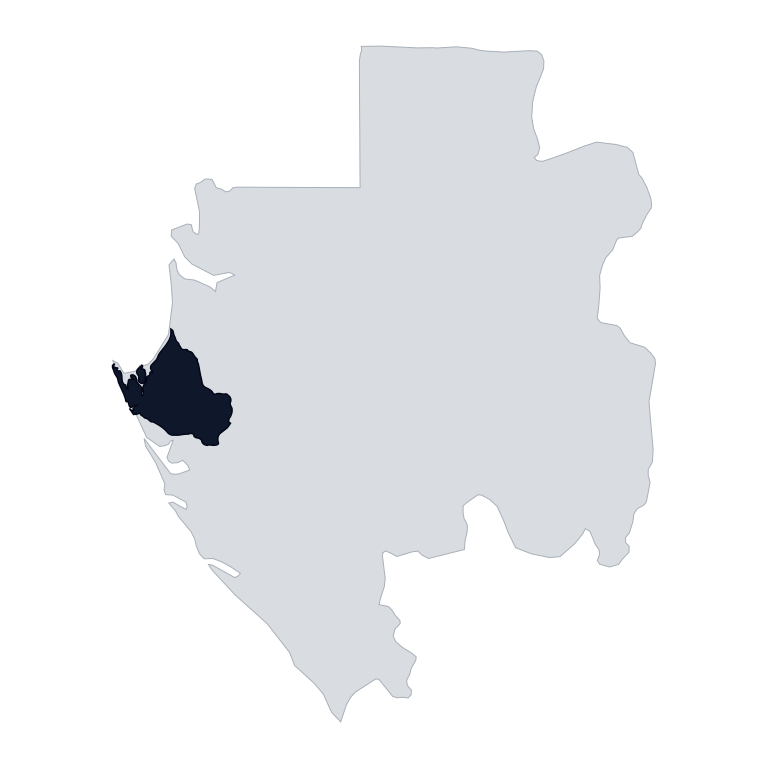 Bendjè, Ogooué-Maritime, Gabon (highlighted)
{"feature_id": "22940354B80874584292882", "entity_name": "Bendjè", "entity_type": "district", "adm_level": 2, "iso_a3": "GAB", "parent_name": "Gabon", "parent_adm1": "Ogooué-Maritime", "projection": "natural_earth1", "projection_center": [9.224, -0.836], "detail": "fine", "context": "in_parent", "style": "filled", "palette": "ink", "viewbox_px": 768, "rotation_deg": 0, "n_neighbors": 0, "source": "geoboundaries", "source_scale": "gbopen_adm2", "svg_char_len": 7914}
<svg xmlns="http://www.w3.org/2000/svg" viewBox="0 0 768 768"><path d="M543.9,61.4L543.5,69.0L536.1,87.6L532.6,101.9L531.7,117.2L533.8,129.5L537.3,138.2L539.7,147.8L537.9,154.4L534.3,157.3L536.7,160.6L542.2,161.4L551.4,158.5L565.6,153.4L584.2,146.1L596.4,142.1L616.6,144.6L627.3,147.4L632.9,152.5L638.8,174.5L641.8,177.8L646.7,187.1L650.8,198.3L651.6,204.0L651.2,208.1L647.1,214.2L642.5,223.1L640.8,228.4L637.0,232.4L632.1,236.4L618.6,238.0L616.5,240.3L612.8,249.8L605.7,257.8L602.4,265.4L599.6,275.5L600.1,288.1L598.7,306.2L597.2,318.4L600.8,322.6L616.9,325.6L620.1,328.1L624.3,335.6L629.8,342.7L644.6,347.2L650.3,352.6L654.9,358.6L655.5,363.5L652.2,383.1L649.0,401.9L650.2,416.2L651.4,429.9L653.1,449.9L652.4,462.0L648.2,469.4L648.2,475.3L650.1,482.3L646.4,501.7L644.0,505.0L637.4,508.6L633.9,513.8L632.8,522.0L629.2,533.2L625.6,537.3L625.6,542.5L629.1,546.3L629.0,552.1L622.5,559.1L618.5,564.4L609.7,567.0L599.6,564.2L597.3,560.4L599.7,554.3L598.9,549.5L595.4,544.5L590.0,531.4L585.3,528.7L582.6,534.0L574.5,543.9L560.0,556.6L549.9,557.6L531.3,553.8L515.6,547.7L508.3,532.8L503.6,520.5L497.0,506.2L489.5,499.4L481.5,495.1L477.9,494.8L466.5,502.8L463.1,505.9L463.1,512.6L464.1,518.8L465.9,521.8L467.4,525.8L467.1,532.0L465.1,540.3L464.4,549.5L428.5,558.5L422.3,555.2L417.8,551.1L412.3,551.8L396.8,556.5L391.1,553.3L385.4,550.9L382.8,552.9L382.5,556.8L385.2,578.3L384.3,586.6L380.8,597.3L379.0,604.6L388.5,606.6L391.9,610.0L395.3,615.4L399.9,620.5L400.2,623.5L395.0,629.2L393.2,636.1L395.7,641.6L402.1,647.2L411.6,653.1L416.2,656.9L415.7,660.5L411.4,668.0L409.7,674.3L406.7,680.1L407.3,685.4L411.5,690.3L411.1,694.7L408.2,698.0L402.3,697.3L397.3,697.8L392.8,696.5L378.9,679.4L375.8,678.9L355.5,692.0L350.5,697.4L346.3,705.1L340.7,721.9L331.5,712.2L323.5,694.3L314.2,683.3L294.7,665.6L289.6,652.5L267.2,623.7L235.2,595.0L212.0,570.0L208.5,564.5L212.4,565.1L234.8,577.6L237.8,576.2L240.4,573.4L230.8,566.9L221.5,561.7L212.9,558.5L204.2,558.8L199.3,553.5L196.2,545.5L194.6,538.6L190.8,531.4L178.5,516.6L175.5,510.9L168.8,503.1L172.8,502.1L186.0,509.5L187.2,506.6L186.1,502.2L172.8,495.1L165.6,494.6L164.0,489.7L164.9,483.9L155.5,462.3L145.6,446.2L144.1,438.5L170.6,473.6L174.2,474.3L178.8,473.9L189.8,470.0L187.7,465.3L182.8,460.3L178.0,462.6L171.7,463.1L168.5,461.0L167.0,457.3L173.2,440.3L170.5,441.1L168.5,444.2L165.1,445.6L159.8,446.5L146.7,437.4L135.2,412.7L132.2,407.7L129.1,399.1L126.0,395.6L112.8,360.5L117.9,363.1L123.9,373.3L135.6,371.1L140.2,365.3L144.2,365.5L148.3,364.1L153.5,358.6L168.5,334.5L172.5,302.6L171.2,283.7L169.0,264.9L174.0,258.9L176.0,262.9L176.9,269.6L179.3,274.5L184.7,278.9L194.6,280.1L210.0,287.0L215.5,291.5L217.0,282.6L234.8,275.1L229.4,272.4L213.6,275.4L192.0,264.1L184.8,256.9L178.1,243.4L171.2,236.3L171.7,229.9L187.2,224.0L191.3,224.7L193.0,231.7L197.1,234.6L198.7,233.6L199.4,227.6L199.5,211.6L194.7,188.5L196.2,184.1L200.4,182.5L204.2,179.5L206.9,178.9L212.1,179.5L214.8,184.8L216.2,187.7L221.5,189.1L225.9,191.9L229.6,191.2L232.7,187.9L237.3,187.2L251.4,187.2L264.2,187.3L289.8,187.4L315.3,187.5L340.8,187.6L360.1,187.6L360.0,174.5L359.9,154.2L359.8,130.2L359.6,107.2L359.5,85.9L359.4,60.7L360.5,53.5L361.7,50.5L361.2,46.4L381.0,46.1L416.8,47.9L432.4,47.7L436.9,48.0L456.4,46.8L472.2,48.3L478.9,50.1L485.0,51.0L503.9,52.1L528.7,50.7L537.1,51.1L541.7,54.6L543.9,61.4Z" fill="#d9dde1" stroke="#a8b0b8" stroke-width="1"/><path d="M197.3,359.4L196.3,358.3L195.4,357.4L194.5,356.2L193.7,355.0L193.0,353.8L192.2,352.8L191.5,352.2L190.7,351.8L189.8,351.7L188.7,351.2L187.9,350.6L187.3,349.8L186.5,349.5L185.3,349.6L183.7,349.7L182.3,349.4L181.4,348.7L180.8,347.7L180.3,346.7L179.5,345.6L179.1,344.7L178.8,343.8L178.2,342.8L177.3,342.2L176.5,341.3L175.8,339.9L175.4,338.4L174.8,336.9L174.0,335.2L173.6,333.7L173.2,331.8L172.8,330.6L171.5,329.4L170.9,329.0L170.9,334.0L170.5,336.6L169.8,338.3L169.3,339.7L168.2,341.6L167.1,343.4L165.3,346.0L162.6,349.4L159.5,353.4L158.5,355.1L157.2,358.4L156.3,359.9L153.8,362.5L151.3,365.2L150.8,366.2L150.6,367.7L150.6,368.6L151.0,369.4L151.7,370.4L152.1,370.9L152.4,372.3L151.7,371.9L151.0,371.8L150.2,372.2L149.9,373.0L149.8,374.5L149.6,375.3L148.9,375.7L147.9,376.0L147.1,376.7L146.7,377.3L146.7,378.7L146.7,380.1L146.3,381.4L145.7,382.6L145.1,383.4L144.2,384.3L143.6,385.4L143.1,386.7L143.1,388.3L143.3,390.7L143.5,393.7L142.6,395.2L142.3,395.7L141.5,394.9L141.5,393.3L141.7,392.2L142.2,391.3L142.2,388.8L141.7,387.8L141.0,386.8L140.2,385.7L139.1,384.8L138.0,383.5L137.2,382.5L136.8,381.4L136.6,380.3L136.4,378.8L135.9,377.6L135.5,376.5L134.2,375.5L133.1,374.9L131.7,374.9L131.0,375.1L130.7,375.8L130.9,376.9L131.1,377.4L131.8,378.0L133.0,378.7L133.6,379.3L132.7,379.7L131.9,379.6L130.5,379.3L129.7,379.3L128.9,379.7L128.5,380.3L128.3,381.5L128.0,383.2L127.8,384.0L127.5,385.1L127.5,386.5L127.6,387.4L128.0,388.5L128.0,389.0L126.7,388.4L126.2,387.6L125.7,386.2L125.5,385.0L124.6,384.6L124.0,384.3L123.3,383.4L122.8,382.7L122.4,381.7L122.1,380.1L122.0,378.7L121.9,377.1L121.8,375.8L121.4,373.6L120.9,372.4L120.2,371.1L119.2,370.9L117.7,370.8L117.0,370.0L117.2,369.3L117.7,368.2L117.1,367.8L116.1,367.8L114.6,367.5L113.9,367.0L113.6,365.8L113.9,365.3L114.4,364.2L113.9,364.1L113.1,364.8L112.5,365.6L112.5,367.0L112.9,368.7L113.4,369.6L113.7,370.6L114.3,372.4L114.7,373.4L115.4,374.7L116.3,376.1L117.2,377.5L117.7,378.7L118.1,380.6L118.6,382.7L121.1,388.2L123.8,394.1L125.4,398.6L125.7,400.3L126.0,401.3L126.6,401.8L127.2,401.7L128.0,401.4L128.3,402.1L128.6,403.6L128.9,404.5L129.3,406.0L130.0,407.0L130.9,407.5L131.7,407.3L132.9,406.3L133.4,405.8L134.6,405.5L136.1,405.5L135.3,406.0L134.7,406.6L134.1,407.6L133.5,408.2L133.2,408.9L133.1,409.4L133.3,409.9L133.4,410.5L133.0,410.8L132.3,410.7L131.7,410.4L130.7,409.7L129.4,408.5L131.1,410.9L133.1,413.9L133.6,414.5L135.0,414.3L136.5,414.2L137.7,413.9L138.2,413.6L139.3,413.3L140.3,413.6L140.8,414.8L141.3,415.3L142.0,415.7L143.2,416.4L144.0,417.3L144.7,417.9L145.4,418.1L146.4,418.3L147.0,418.6L148.1,419.3L149.0,420.1L150.0,421.0L150.7,421.6L151.6,421.8L153.0,421.9L154.7,422.7L158.9,425.1L162.4,427.5L164.8,429.5L166.8,431.6L168.1,433.1L169.0,433.8L170.0,434.4L170.7,434.7L171.8,435.1L176.1,435.1L177.8,435.2L180.1,434.9L183.2,434.4L186.8,434.1L189.1,434.0L189.7,433.5L190.4,433.3L191.4,433.5L192.0,433.7L192.5,433.8L193.6,434.3L193.9,435.2L193.9,436.0L194.7,436.9L195.8,437.5L196.8,437.9L198.1,438.0L200.0,438.8L201.0,439.5L201.5,440.3L201.8,441.2L202.1,442.2L202.6,443.0L203.4,443.9L204.0,444.3L205.0,444.9L205.7,445.0L206.6,445.3L207.6,445.3L208.2,445.1L209.2,444.9L210.1,444.9L211.7,445.2L214.2,445.3L216.3,445.0L217.2,444.7L218.1,444.2L218.5,443.5L218.3,442.3L218.0,441.5L217.8,439.2L217.9,437.6L218.4,435.8L219.7,433.7L222.3,431.7L225.7,429.0L227.4,427.6L228.6,426.1L230.5,423.2L230.2,423.0L229.4,422.5L228.7,421.8L228.7,420.5L228.9,419.4L229.5,417.9L230.3,416.8L230.9,415.7L231.1,414.8L231.8,413.1L232.1,410.8L232.0,408.4L231.2,406.7L230.5,405.3L230.1,403.9L230.2,403.0L230.5,402.0L230.9,400.5L230.8,399.0L229.9,396.9L228.9,396.0L227.1,394.3L225.9,393.9L224.2,394.1L222.7,394.1L220.5,393.6L218.7,393.5L217.0,393.6L215.9,394.1L214.7,394.3L213.7,393.8L212.7,392.8L212.1,391.6L211.1,390.7L209.7,389.6L208.2,388.8L206.7,388.0L205.5,387.5L203.8,386.3L203.0,385.2L202.2,383.4L201.8,381.1L201.3,378.6L200.5,375.4L199.8,371.6L199.3,368.8L198.9,366.6L198.3,363.8L197.4,361.6L197.2,359.9L197.3,359.4ZM142.5,383.4L143.6,382.9L144.4,382.2L145.0,381.4L145.4,380.1L145.4,377.4L145.6,374.6L145.4,372.6L145.0,371.8L145.0,370.3L143.9,369.4L142.9,369.0L142.1,369.0L141.3,368.7L141.4,368.2L141.8,367.8L142.4,367.3L142.6,366.4L142.4,365.8L141.9,365.2L141.4,365.8L140.6,366.5L139.8,367.1L139.2,367.8L138.5,368.4L137.8,369.2L137.2,370.1L136.9,370.8L136.7,371.4L136.7,372.2L136.9,373.3L137.2,373.8L137.7,374.6L138.1,375.2L138.6,375.9L138.8,376.8L138.8,377.8L138.7,379.0L138.4,380.0L138.6,380.9L139.1,382.1L139.8,382.5L141.0,383.3L141.8,383.4L142.5,383.4Z" fill="#0f172a" stroke="#020617" stroke-width="1.5"/></svg>